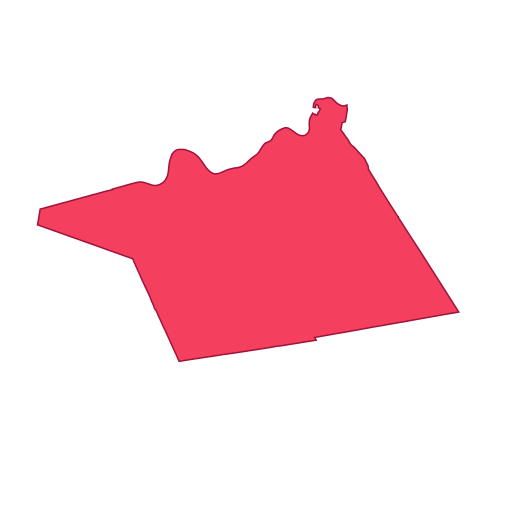 the district of Eemnes, Utrecht, Netherlands, rotated 235°
{"feature_id": "6326949B88613917422763", "entity_name": "Eemnes", "entity_type": "district", "adm_level": 2, "iso_a3": "NLD", "parent_name": "Netherlands", "parent_adm1": "Utrecht", "projection": "orthographic", "projection_center": [5.28, 52.255], "detail": "fine", "context": "isolated", "style": "filled", "palette": "rose", "viewbox_px": 512, "rotation_deg": 235, "n_neighbors": 0, "source": "geoboundaries", "source_scale": "gbopen_adm2", "svg_char_len": 6059}
<svg xmlns="http://www.w3.org/2000/svg" viewBox="0 0 512 512"><g transform="rotate(235 256 256)"><path d="M406.8,94.9L376.7,116.3L344.9,138.9L329.8,149.6L324.7,153.3L323.3,153.2L319.5,152.3L318.6,152.3L316.3,151.7L314.8,151.6L314.0,151.3L308.1,150.2L301.2,148.8L299.8,148.6L296.2,147.9L289.4,146.8L282.9,145.6L281.8,145.2L279.7,144.8L279.3,144.6L277.7,144.3L277.0,144.3L275.5,143.9L273.1,143.5L272.1,143.0L269.7,142.7L269.1,142.9L267.7,142.7L264.5,142.1L263.8,141.8L262.9,141.8L261.5,141.5L256.8,140.6L254.2,140.1L248.7,139.1L247.6,139.0L235.9,136.8L226.0,134.9L222.5,134.3L213.7,132.6L213.4,133.2L213.3,133.6L212.7,134.8L211.5,137.4L207.0,146.6L205.5,149.5L204.5,151.6L201.6,157.3L200.4,159.9L199.8,160.9L194.3,172.2L193.8,173.3L193.0,174.7L192.1,176.4L191.2,178.3L190.0,180.6L189.0,182.6L186.7,187.2L184.9,190.8L183.9,192.8L183.1,194.4L182.5,195.8L181.2,198.3L180.9,198.9L180.6,199.7L179.8,201.1L176.8,207.3L173.5,214.0L171.7,217.9L171.3,218.8L169.6,222.3L169.3,222.8L168.7,223.7L168.6,223.9L168.1,224.9L164.5,232.4L162.4,236.7L161.3,238.9L159.8,242.1L153.1,255.8L152.5,257.0L155.6,257.4L154.5,259.8L149.9,269.6L145.1,280.0L143.9,282.4L143.5,283.2L142.0,286.5L140.8,289.0L139.5,291.9L137.4,296.3L136.4,298.6L133.1,305.7L131.0,310.4L127.7,317.3L123.1,327.2L118.2,337.6L117.2,339.7L111.4,352.3L110.8,353.6L108.6,358.3L106.3,363.2L103.9,368.5L103.5,369.2L101.9,372.8L93.8,389.9L99.2,390.2L107.5,390.6L132.5,391.7L166.4,393.2L187.0,393.9L205.7,394.7L206.4,394.7L206.6,395.1L207.5,394.9L208.0,394.8L213.2,395.1L219.0,395.3L221.2,395.4L223.0,395.5L227.6,395.7L243.1,396.5L244.5,396.7L244.5,396.8L252.3,397.2L257.2,397.5L261.2,397.8L263.0,398.0L263.4,398.4L264.1,398.8L265.1,399.3L265.7,399.5L266.5,399.7L270.8,400.3L273.5,400.8L274.2,400.8L276.5,400.3L276.9,400.3L283.8,399.4L285.9,399.2L287.5,398.9L289.4,398.7L289.9,398.5L291.9,397.8L292.1,397.8L292.7,397.7L294.8,397.7L296.1,397.8L297.6,398.0L299.2,398.1L299.9,398.1L301.6,397.9L301.8,397.9L303.4,398.0L307.3,398.0L309.1,397.9L311.0,397.8L311.4,398.5L312.2,399.4L313.2,400.4L314.5,401.7L315.9,403.1L315.9,403.3L315.2,404.7L314.8,406.2L319.4,410.8L323.5,414.7L324.2,415.3L325.4,415.7L327.5,417.1L328.1,415.2L328.3,414.6L328.6,414.0L329.0,413.5L329.7,412.7L330.3,412.1L330.6,411.9L332.5,410.9L333.7,410.3L334.1,410.2L335.6,409.8L337.6,409.4L340.4,408.9L341.5,408.7L342.1,408.3L342.3,408.2L343.0,407.5L343.5,407.0L344.0,406.6L344.3,406.2L344.7,405.5L344.9,405.2L345.0,405.0L345.8,402.0L346.0,401.6L346.1,401.3L346.2,401.2L346.4,400.7L347.4,399.3L348.1,398.1L348.9,396.8L349.2,396.3L349.3,396.0L349.3,395.7L349.4,395.1L349.4,394.8L349.3,394.2L349.2,393.6L348.9,393.1L348.7,392.7L348.3,391.8L347.8,391.0L347.4,390.4L347.1,390.1L346.5,389.5L344.9,388.2L343.3,389.9L344.0,390.4L344.7,390.9L345.0,391.2L345.1,391.3L345.4,391.7L345.6,392.1L345.6,392.5L345.4,392.6L344.7,392.9L343.9,393.0L343.5,393.2L343.4,393.1L343.1,393.0L342.5,392.7L342.0,392.3L341.7,392.1L339.5,393.1L338.3,390.5L338.1,389.8L338.1,389.3L338.0,389.2L337.7,389.2L337.5,388.6L337.4,388.5L337.2,388.3L337.0,388.2L336.7,387.6L336.4,386.8L338.0,385.8L337.9,385.6L338.1,385.4L338.3,385.1L338.8,385.0L340.6,384.3L340.3,383.8L339.7,382.8L338.8,380.8L338.4,380.1L338.1,379.6L337.9,379.4L337.4,378.6L337.0,378.2L335.9,377.1L334.2,375.8L333.7,375.4L333.2,375.1L332.7,374.8L331.5,374.0L330.4,373.3L329.4,372.6L329.1,372.3L328.8,372.0L328.3,371.3L327.8,370.6L327.3,369.8L327.1,369.2L326.9,368.6L326.8,367.9L326.7,367.2L326.7,366.8L326.7,366.2L326.8,365.6L326.8,365.2L327.2,364.3L327.6,363.5L327.8,363.1L328.0,362.9L328.6,362.2L329.3,361.5L330.0,360.9L330.5,360.5L330.8,360.4L331.3,360.1L333.3,359.2L333.7,359.1L336.1,358.3L339.2,357.2L340.6,356.6L341.0,356.4L342.1,355.8L342.5,355.6L342.7,355.4L343.3,354.8L343.8,354.2L344.2,353.7L344.4,353.2L344.8,352.1L345.0,351.3L345.3,350.1L345.4,349.5L345.5,348.5L345.6,347.4L345.7,346.7L345.7,345.9L345.7,345.2L345.6,344.3L345.5,343.8L345.3,342.6L345.0,341.0L344.6,340.1L342.8,336.6L342.7,336.2L342.4,335.4L342.4,335.2L342.2,334.5L342.2,333.7L342.2,333.4L342.2,333.1L342.2,332.7L342.3,332.2L343.0,329.1L343.1,328.8L343.1,328.3L343.1,328.1L343.1,327.6L343.0,327.2L342.9,326.8L342.6,325.8L342.4,325.1L342.1,324.4L341.5,322.8L340.3,320.0L339.8,318.8L339.5,318.2L339.3,317.6L339.1,316.8L338.9,315.8L338.7,315.1L338.7,314.3L338.7,313.7L338.7,312.8L338.6,307.9L338.4,306.4L338.3,305.3L337.8,302.7L337.6,301.3L337.5,300.0L337.4,299.3L337.4,298.6L337.5,297.0L337.6,295.9L337.7,295.6L338.0,294.3L338.5,292.6L339.0,291.5L339.7,290.0L340.3,289.0L341.1,287.3L341.5,286.2L341.8,285.4L342.9,282.5L343.1,281.7L343.3,280.8L343.4,280.4L343.5,279.8L343.8,278.0L344.3,275.6L344.4,275.0L344.6,274.2L344.9,273.1L345.1,272.7L345.7,271.5L346.1,270.7L346.5,270.0L346.9,269.4L347.1,269.2L347.6,268.7L348.3,268.2L348.7,268.0L350.0,267.3L351.3,266.8L352.5,266.5L353.1,266.3L355.0,266.1L357.5,265.8L358.0,265.8L362.7,265.9L366.9,265.8L368.6,265.7L370.1,265.6L371.6,265.3L372.4,265.1L374.2,264.5L376.0,263.9L376.3,263.8L378.4,262.6L380.0,261.6L381.0,260.9L383.2,259.3L383.9,258.8L384.3,258.4L385.1,257.4L386.0,256.2L386.5,255.6L387.8,253.4L387.9,253.2L388.0,252.8L388.3,251.9L388.5,251.0L388.5,250.8L388.5,250.3L388.5,249.9L388.3,248.6L388.2,247.7L387.9,246.8L387.8,246.4L387.5,245.5L387.2,245.0L386.5,244.1L385.6,242.8L385.1,242.2L384.2,240.9L383.4,240.0L382.1,238.5L381.4,237.9L379.4,236.0L375.8,232.9L374.6,231.8L374.1,231.3L373.7,230.8L372.7,229.7L372.2,228.9L371.7,228.2L371.2,227.4L370.9,226.9L370.7,226.3L370.4,225.7L370.2,225.2L369.8,224.0L369.7,223.5L369.6,222.6L369.5,221.6L369.5,221.1L369.6,220.2L369.7,218.8L369.8,218.2L370.1,217.1L370.5,215.9L370.6,215.6L371.0,214.9L371.2,214.5L371.8,213.6L372.1,213.1L372.5,212.6L372.9,212.3L373.9,211.3L374.2,211.1L377.7,208.6L379.9,206.9L380.6,206.3L381.5,205.5L381.8,205.1L382.6,204.2L383.1,203.5L383.5,202.9L383.8,202.3L384.3,201.3L384.6,200.6L385.3,198.9L386.5,195.7L386.6,195.4L386.7,195.2L388.5,190.0L389.2,187.9L390.8,183.4L393.2,176.6L392.7,176.4L395.2,170.1L396.0,167.9L398.1,162.0L399.9,157.1L400.7,154.8L418.2,106.1L406.8,94.9Z" fill="#f43f5e" stroke="#9f1239" stroke-width="1.5"/></g></svg>